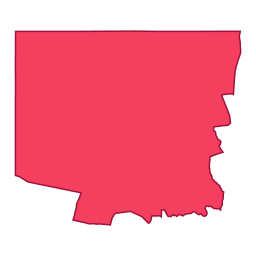 the district of Wundanyi, Coast, Kenya
{"feature_id": "3690345B46260760479849", "entity_name": "Wundanyi", "entity_type": "district", "adm_level": 2, "iso_a3": "KEN", "parent_name": "Kenya", "parent_adm1": "Coast", "projection": "albers", "projection_center": [38.338, -3.299], "detail": "fine", "context": "isolated", "style": "filled", "palette": "rose", "viewbox_px": 256, "rotation_deg": 0, "n_neighbors": 0, "source": "geoboundaries", "source_scale": "gbopen_adm2", "svg_char_len": 5330}
<svg xmlns="http://www.w3.org/2000/svg" viewBox="0 0 256 256"><path d="M223.0,152.2L220.7,149.1L219.0,145.9L219.7,145.3L220.1,144.7L220.3,144.2L220.6,143.5L220.8,142.5L220.8,141.9L220.6,141.1L220.2,140.6L219.6,140.3L218.9,139.9L218.2,139.4L217.7,138.9L217.3,138.2L217.1,137.6L216.8,137.0L216.4,136.3L216.1,135.6L215.9,135.1L215.8,134.4L215.7,133.7L215.6,133.0L215.6,132.5L215.4,131.7L214.9,131.4L214.3,131.1L213.9,130.4L213.6,129.7L213.6,128.8L213.7,127.9L213.8,126.9L221.0,125.9L228.0,125.3L229.3,124.1L230.5,122.9L230.0,119.0L229.5,115.2L225.6,105.3L221.6,95.3L222.4,95.0L223.4,94.6L224.0,94.4L224.6,94.4L225.3,94.4L226.2,94.4L227.0,94.2L227.6,93.9L228.2,93.8L228.9,93.9L229.8,93.9L230.6,94.0L231.3,93.9L231.9,93.9L232.7,93.9L233.4,94.4L233.9,87.7L234.2,80.9L234.4,79.0L234.6,77.1L234.8,75.3L234.9,73.4L235.1,72.1L235.2,70.8L235.5,69.8L235.7,68.9L236.0,67.6L236.3,66.3L236.6,65.1L237.0,63.9L237.4,62.6L237.7,61.2L238.3,59.4L239.0,57.6L239.5,56.2L240.0,54.9L240.2,54.1L240.5,53.4L240.5,52.3L240.6,51.2L240.6,50.0L240.6,48.9L240.5,48.2L240.4,47.5L240.3,46.6L240.3,45.6L240.3,45.0L240.3,44.3L240.2,43.2L240.1,41.9L240.0,41.2L239.9,40.5L239.8,39.7L239.7,39.1L239.5,38.4L239.4,37.6L239.4,36.8L239.4,36.1L239.4,35.2L239.7,34.3L239.9,33.5L240.0,32.9L240.1,32.1L240.2,31.3L218.5,31.3L196.8,31.4L188.2,31.4L179.6,31.4L157.3,31.4L135.1,31.1L75.3,31.4L15.6,31.4L15.6,33.4L15.6,35.4L15.5,37.3L15.5,39.3L15.5,46.7L15.5,54.2L15.4,60.8L15.4,67.3L15.4,69.2L15.4,71.0L15.5,77.7L15.5,84.4L15.5,89.9L15.5,95.4L15.4,98.5L15.4,101.7L15.4,104.8L15.4,108.0L15.4,110.9L15.4,113.9L15.4,116.9L15.4,120.0L15.4,123.1L15.4,126.3L15.4,127.6L15.4,128.9L15.4,130.7L15.4,132.5L15.4,135.4L15.4,138.4L15.4,141.5L15.4,144.5L15.4,147.2L15.4,149.8L15.4,150.7L15.4,151.5L15.4,153.6L15.4,155.7L15.4,158.2L15.4,160.7L15.4,162.3L15.4,163.8L15.4,164.6L15.4,166.4L15.4,168.0L15.4,171.7L15.4,175.5L17.3,176.0L19.2,176.5L23.6,179.3L28.1,182.0L54.7,187.4L81.2,192.8L81.0,193.4L80.7,194.1L80.5,194.6L80.3,195.2L80.0,196.0L79.7,196.9L79.4,197.7L79.1,198.3L78.9,198.9L78.6,199.4L78.3,200.0L78.1,200.6L77.4,202.3L76.7,203.9L76.6,204.7L76.5,205.8L76.3,206.9L76.2,207.8L76.1,208.6L75.9,209.5L75.6,210.3L75.4,210.8L75.3,211.4L75.1,212.3L74.9,213.2L74.8,213.8L74.7,214.4L74.6,215.0L74.4,215.8L74.1,216.7L73.8,217.6L73.4,219.0L73.0,220.0L76.3,220.8L79.5,221.5L80.9,221.8L82.2,222.1L83.0,222.2L83.9,222.4L84.7,222.6L85.5,222.8L86.0,223.0L87.0,223.3L88.2,223.6L88.9,223.8L89.5,223.8L90.4,223.8L91.3,223.8L91.9,223.7L92.6,223.7L93.8,223.7L94.6,223.8L95.4,224.0L96.0,224.0L96.7,224.1L97.4,224.1L98.0,224.0L98.9,223.8L99.8,223.9L100.6,224.0L101.2,224.1L102.6,224.2L103.9,224.3L107.1,224.6L110.3,224.9L111.1,222.0L111.9,218.9L112.2,218.1L112.7,217.2L113.3,216.3L113.6,215.4L114.0,214.8L114.4,214.3L115.0,213.8L115.6,213.3L121.0,212.6L126.4,211.9L128.5,211.6L130.5,211.4L136.2,214.0L141.8,216.6L144.0,218.8L146.1,220.9L147.3,222.1L148.5,223.2L149.1,222.9L149.7,222.2L150.3,221.6L150.7,220.9L150.9,220.2L151.4,217.9L151.9,215.9L153.4,215.9L154.9,216.0L156.0,215.9L157.1,215.9L158.6,215.9L160.2,215.9L160.7,216.3L161.2,216.8L161.5,213.4L161.5,210.0L163.0,210.0L164.5,210.0L165.2,211.3L166.1,213.0L166.4,213.8L166.7,214.3L167.1,214.7L167.4,215.4L167.8,216.1L168.4,216.5L169.4,216.4L170.4,216.6L171.2,216.6L171.5,216.0L172.0,215.4L172.6,215.2L173.4,215.1L174.1,215.5L174.8,215.5L175.4,215.2L176.0,215.7L176.7,216.3L177.3,216.1L177.7,215.6L178.4,215.0L178.9,214.4L179.6,214.6L180.3,214.9L181.1,215.1L181.6,215.2L182.2,215.8L182.9,215.9L183.3,215.3L183.9,214.9L184.7,214.7L185.3,214.5L186.1,214.1L186.6,213.8L187.2,213.7L188.1,213.6L189.0,213.6L189.8,213.5L190.5,213.5L191.1,213.4L191.8,212.9L192.4,212.4L192.8,211.9L193.5,211.7L194.5,212.0L195.5,212.2L196.1,213.0L196.9,213.5L197.6,214.1L198.3,214.6L199.2,214.6L199.9,214.3L200.4,214.0L201.2,213.9L201.5,214.3L201.8,214.8L202.4,215.4L203.1,215.9L203.8,216.1L204.8,216.3L205.7,215.8L206.3,215.4L206.7,214.7L206.9,213.9L207.1,213.0L206.8,212.3L206.6,211.5L206.3,210.5L205.7,209.8L205.4,209.2L205.2,208.4L205.3,207.8L205.4,207.2L205.5,206.5L206.3,206.2L207.0,206.1L207.8,206.0L208.5,206.5L209.2,206.5L210.1,206.3L211.0,206.3L211.6,206.8L212.1,207.3L212.7,207.6L213.2,208.1L213.9,208.5L214.9,208.6L215.7,208.6L216.2,208.7L216.8,208.8L217.4,208.9L218.2,208.8L219.3,208.6L219.8,209.0L220.1,209.7L220.5,210.1L220.8,209.3L220.6,208.4L220.6,207.8L221.1,207.1L221.6,206.4L221.8,205.9L222.1,205.1L222.3,204.2L222.2,203.5L222.2,202.8L222.2,202.0L222.2,201.2L222.6,200.1L222.9,199.2L223.2,198.5L223.2,197.8L223.1,197.0L223.1,196.4L223.3,195.5L223.3,194.6L223.3,194.0L223.3,193.4L223.6,192.8L223.7,192.0L223.1,191.7L222.6,191.4L222.0,190.7L221.4,189.9L221.3,189.1L221.1,188.3L220.5,187.7L219.9,187.3L219.8,186.6L219.9,186.0L219.2,185.4L218.7,185.0L218.2,184.8L217.8,184.4L217.4,183.7L216.8,183.0L216.1,182.6L215.8,182.1L215.1,182.0L214.4,181.5L214.1,181.0L214.1,180.4L213.5,179.9L212.7,179.8L212.3,179.2L212.2,178.3L211.9,177.7L211.8,177.1L211.9,176.5L211.8,175.8L211.2,175.1L210.8,174.3L210.5,173.8L210.1,173.2L210.1,172.6L209.9,171.8L209.8,171.0L209.9,170.4L209.8,169.8L209.8,169.1L209.5,168.3L209.2,167.5L209.4,166.8L209.5,166.0L209.4,165.2L209.4,164.6L209.5,164.0L209.6,163.2L209.5,162.4L209.6,161.5L209.9,160.5L209.9,159.7L210.0,159.1L210.0,158.3L210.0,157.5L210.0,156.8L216.3,154.4L223.0,152.2Z" fill="#f43f5e" stroke="#9f1239" stroke-width="1.5"/></svg>